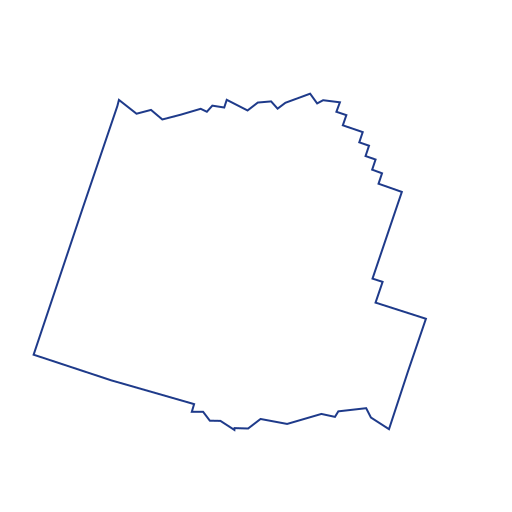 Stoddard, Missouri, United States of America (Robinson projection), rotated 108°
{"feature_id": "52423323B58883405017041", "entity_name": "Stoddard", "entity_type": "district", "adm_level": 2, "iso_a3": "USA", "parent_name": "United States of America", "parent_adm1": "Missouri", "projection": "robinson", "projection_center": [-90.02, 36.877], "detail": "fine", "context": "isolated", "style": "outline", "palette": "blue", "viewbox_px": 512, "rotation_deg": 108, "n_neighbors": 0, "source": "geoboundaries", "source_scale": "gbopen_adm2", "svg_char_len": 852}
<svg xmlns="http://www.w3.org/2000/svg" viewBox="0 0 512 512"><g transform="rotate(108 256 256)"><path d="M172.3,137.4L150.0,137.1L149.4,161.8L138.4,161.7L138.0,172.2L127.3,172.1L127.1,182.7L116.2,182.6L116.0,192.9L105.2,192.8L104.9,213.8L94.1,213.6L94.0,224.1L83.9,223.7L87.1,240.3L92.0,245.0L84.9,254.7L101.2,275.4L109.2,281.0L104.3,289.4L109.5,301.7L120.2,309.0L116.5,332.1L124.6,332.1L126.5,344.0L134.0,347.3L133.1,354.1L144.9,371.3L155.1,387.3L149.5,401.0L157.6,413.6L149.9,434.6L156.2,434.2L263.7,435.6L418.6,437.0L419.0,355.3L416.0,269.1L424.0,268.9L420.5,258.2L426.9,249.0L423.8,238.9L428.1,222.8L426.3,223.2L422.5,210.2L409.6,201.3L406.1,174.5L386.0,145.0L384.6,131.2L378.3,129.7L366.7,104.2L374.1,96.8L379.6,76.0L318.9,75.8L263.2,75.0L263.4,127.9L241.5,127.6L241.5,138.2L172.3,137.4Z" fill="none" stroke="#1e3a8a" stroke-width="2"/></g></svg>